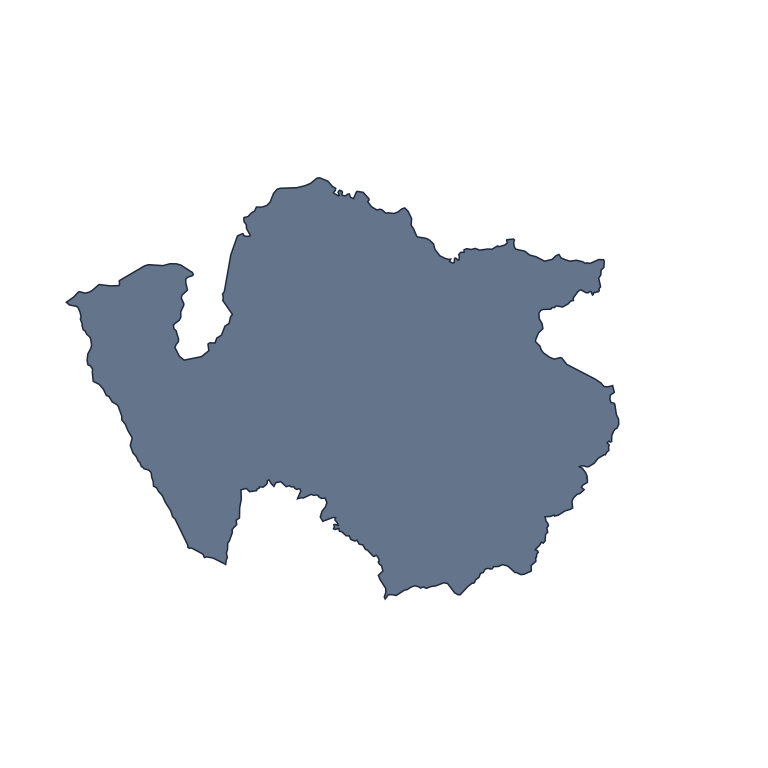 Laclo, Manatuto, East Timor, rotated 239°
{"feature_id": "22284137B24782951850467", "entity_name": "Laclo", "entity_type": "district", "adm_level": 2, "iso_a3": "TLS", "parent_name": "East Timor", "parent_adm1": "Manatuto", "projection": "albers", "projection_center": [125.887, -8.591], "detail": "fine", "context": "isolated", "style": "filled", "palette": "slate", "viewbox_px": 768, "rotation_deg": 239, "n_neighbors": 0, "source": "geoboundaries", "source_scale": "gbopen_adm2", "svg_char_len": 6171}
<svg xmlns="http://www.w3.org/2000/svg" viewBox="0 0 768 768"><g transform="rotate(239 384 384)"><path d="M617.7,153.8L613.7,155.1L608.9,160.4L607.1,161.1L602.0,160.4L597.3,158.8L596.2,157.2L590.7,156.2L589.9,155.4L585.4,154.1L583.5,155.1L579.7,154.8L576.3,155.9L574.2,155.9L568.1,153.5L565.4,150.8L562.3,145.6L557.3,141.7L552.9,140.1L550.9,141.6L547.0,141.9L543.9,139.8L536.0,136.1L530.3,139.7L524.0,140.8L517.1,140.1L515.0,141.8L508.7,141.8L503.7,144.5L501.8,144.7L491.7,142.7L488.1,140.7L482.9,141.5L475.9,140.5L467.4,140.4L462.1,134.9L454.3,133.3L449.0,134.2L444.3,133.6L442.6,134.3L438.1,133.4L437.2,134.4L435.0,134.6L431.5,137.9L428.0,138.8L423.8,136.9L419.2,135.9L415.2,133.8L412.2,135.6L408.0,135.4L402.5,136.5L395.2,135.6L385.2,135.9L379.1,134.4L375.9,135.4L347.0,132.8L345.2,131.7L343.6,132.4L342.6,134.5L331.6,141.1L327.7,140.7L327.1,143.1L322.7,147.9L310.9,155.4L314.2,157.9L316.0,160.4L320.2,161.8L322.6,164.5L328.2,168.2L329.0,170.5L334.7,177.4L337.6,179.0L339.3,185.3L343.3,187.1L343.7,191.2L352.2,196.5L358.8,202.4L367.0,207.0L365.3,212.2L360.9,213.3L358.2,219.8L359.3,221.3L359.0,223.3L360.0,224.2L357.8,227.4L358.4,231.2L359.1,232.8L361.2,234.2L361.1,236.1L356.8,236.0L352.9,236.9L355.1,240.2L353.5,245.2L346.3,247.3L345.5,250.6L343.5,251.5L342.4,253.8L340.4,253.8L338.5,254.9L338.2,256.8L337.1,257.9L335.1,257.5L330.2,250.7L329.0,254.8L327.8,256.0L327.0,264.6L324.9,266.3L323.5,269.2L322.2,270.3L321.3,269.8L318.1,271.4L316.5,274.8L311.6,273.9L308.7,270.3L307.0,265.5L302.9,260.9L297.8,260.8L295.9,271.4L294.3,273.7L292.7,271.9L289.5,272.5L286.5,271.9L289.0,269.6L289.2,268.5L286.9,267.7L285.9,266.1L284.5,267.1L283.4,270.9L280.8,269.9L279.1,271.7L273.4,273.4L271.6,276.1L267.9,275.4L264.4,278.1L264.1,280.3L259.4,280.3L257.1,282.9L251.8,282.9L250.0,284.3L242.4,285.9L241.2,286.6L241.2,288.9L240.5,289.4L236.8,289.5L235.2,289.0L234.5,287.4L231.8,287.3L229.5,288.3L224.3,286.7L222.9,280.6L218.4,279.9L207.9,280.2L204.4,278.2L201.3,274.5L199.1,274.3L201.1,279.1L199.1,282.7L196.4,285.5L196.8,295.1L195.8,298.1L196.0,302.0L195.3,306.4L191.8,309.7L190.3,310.1L189.7,313.3L187.1,314.9L186.1,320.2L184.3,324.3L182.8,332.9L180.3,335.7L168.6,337.0L165.1,339.0L164.1,340.7L167.1,351.2L167.9,356.8L167.1,358.3L167.3,359.5L168.9,361.5L169.4,365.9L172.0,369.2L171.3,372.0L173.3,375.7L172.2,378.4L170.3,380.3L169.9,381.7L171.0,383.8L168.7,388.0L168.1,392.7L164.0,396.4L155.0,399.1L154.1,400.5L150.1,403.1L148.7,406.2L147.8,413.9L152.6,416.7L153.7,422.8L157.0,424.6L157.1,425.6L159.7,427.4L160.2,429.4L161.8,429.8L164.1,428.2L165.6,434.3L167.3,437.4L165.6,438.5L166.4,441.3L171.2,444.5L172.3,445.9L172.5,447.9L176.8,449.5L177.8,451.9L179.2,452.5L183.2,452.4L187.3,453.7L184.8,458.2L184.2,462.1L182.9,462.1L181.8,465.9L182.0,473.7L180.5,479.5L180.6,481.9L186.8,484.8L188.7,487.6L190.0,492.8L189.2,495.3L190.0,499.9L190.4,501.2L193.6,500.0L194.9,502.1L194.9,507.7L197.7,509.4L199.2,509.3L199.3,510.1L200.4,510.6L203.9,511.2L209.7,510.6L212.5,508.8L212.4,510.5L211.1,512.8L208.3,515.4L207.7,517.1L207.8,523.3L210.0,529.2L210.0,536.1L209.3,537.2L210.8,539.8L211.3,542.5L214.4,544.1L215.6,545.6L218.7,544.9L219.2,547.4L217.7,548.0L217.4,549.4L222.5,552.7L225.2,556.5L226.3,558.7L226.1,561.0L228.5,564.5L233.2,567.0L238.1,567.4L247.4,571.3L248.9,571.4L251.3,569.0L255.0,570.0L257.9,572.3L258.2,577.1L264.9,579.2L266.3,574.3L268.7,571.2L273.2,570.5L279.6,567.4L306.8,550.7L314.6,549.8L315.7,549.0L317.7,542.7L321.8,539.6L328.8,536.6L332.8,536.4L336.1,537.2L342.2,535.7L343.6,536.5L348.2,542.7L349.6,548.7L354.3,550.6L360.2,550.7L365.0,553.4L366.3,556.1L366.0,558.7L362.2,565.5L363.0,567.2L361.7,569.5L362.3,571.3L361.9,572.3L358.0,576.7L357.8,583.1L359.0,586.7L358.0,589.3L360.3,590.7L363.4,598.0L363.5,600.1L363.3,601.2L358.0,604.3L357.0,606.2L357.3,608.1L356.5,609.0L352.9,608.5L352.9,609.5L354.3,610.7L352.6,615.3L353.1,616.6L354.9,617.3L355.8,619.7L364.1,622.6L365.8,626.0L369.8,628.8L370.7,632.5L375.8,636.0L377.4,636.3L380.1,632.2L381.2,622.8L383.4,620.3L383.6,618.8L386.6,617.2L391.0,612.6L393.5,606.7L397.3,603.3L400.9,600.7L404.9,600.7L405.4,597.5L404.2,592.2L406.6,584.9L414.9,579.8L419.6,575.2L425.2,573.2L431.8,566.3L434.9,566.4L438.7,568.2L440.2,569.9L441.5,569.7L444.4,563.7L444.0,563.0L441.5,562.5L440.9,559.2L442.4,553.4L443.9,552.4L443.9,546.0L446.4,542.2L449.5,534.9L453.2,532.1L454.4,528.0L457.4,524.6L457.8,521.7L455.7,520.5L457.4,517.5L457.1,516.5L456.3,514.6L454.0,514.0L451.8,512.1L452.1,511.2L455.0,510.4L455.4,509.2L452.1,506.8L452.2,505.2L455.3,503.3L456.6,505.5L457.8,503.3L460.4,500.9L465.2,497.9L473.0,497.0L478.6,498.6L484.0,497.1L487.3,495.0L492.8,488.5L494.2,488.2L501.8,489.3L506.1,489.0L511.6,492.9L519.5,493.6L524.2,492.5L524.9,489.8L524.3,484.6L525.0,480.4L528.8,475.5L529.3,473.6L534.4,472.0L536.0,470.4L536.8,467.6L542.4,464.6L548.6,463.9L549.4,466.0L550.7,466.5L559.1,464.8L562.9,460.3L562.8,459.1L558.6,453.4L561.2,451.5L564.9,452.1L565.5,450.3L565.0,448.1L567.1,445.5L567.9,445.3L569.7,447.1L570.9,447.3L573.0,445.6L572.1,443.4L568.9,442.8L568.8,441.8L573.6,439.2L574.3,439.3L574.9,441.9L576.6,443.4L579.8,441.6L586.7,440.4L593.9,435.1L595.0,432.5L593.8,424.4L594.7,418.2L597.2,410.3L605.2,395.9L606.0,392.7L604.3,387.5L598.6,380.1L597.4,375.4L598.5,370.4L601.4,365.8L598.9,362.1L599.0,358.5L597.5,353.5L598.8,350.0L598.3,349.1L595.0,347.6L591.5,348.0L588.0,346.2L580.3,346.0L579.9,344.9L581.8,341.5L583.4,340.2L584.8,340.7L585.8,340.1L586.4,334.6L573.5,319.1L547.6,296.6L545.3,294.4L544.3,291.9L540.6,290.6L538.7,288.8L521.7,289.9L520.5,286.9L515.7,282.4L515.5,277.4L509.6,269.9L509.5,264.3L506.2,260.3L509.0,255.8L508.9,253.7L502.8,251.0L501.5,241.6L507.4,225.0L513.2,222.9L523.0,223.6L525.0,226.3L526.1,229.5L528.1,231.0L536.6,233.2L539.8,232.4L543.3,234.2L544.1,241.4L546.0,244.4L550.5,246.9L554.6,252.9L556.0,253.8L561.8,254.5L563.4,255.7L564.2,256.7L565.7,263.9L573.2,266.4L576.1,268.3L576.6,270.7L575.5,275.8L576.2,277.1L578.5,277.1L590.6,271.1L593.9,268.0L597.3,262.5L599.3,255.5L607.5,243.7L608.6,239.7L608.9,211.0L608.7,210.1L605.9,208.9L604.9,207.4L608.9,200.2L616.0,191.0L614.4,181.2L614.6,178.5L615.8,174.6L620.1,170.4L620.2,169.1L618.4,163.0L617.7,153.8Z" fill="#64748b" stroke="#1e293b" stroke-width="1.5"/></g></svg>